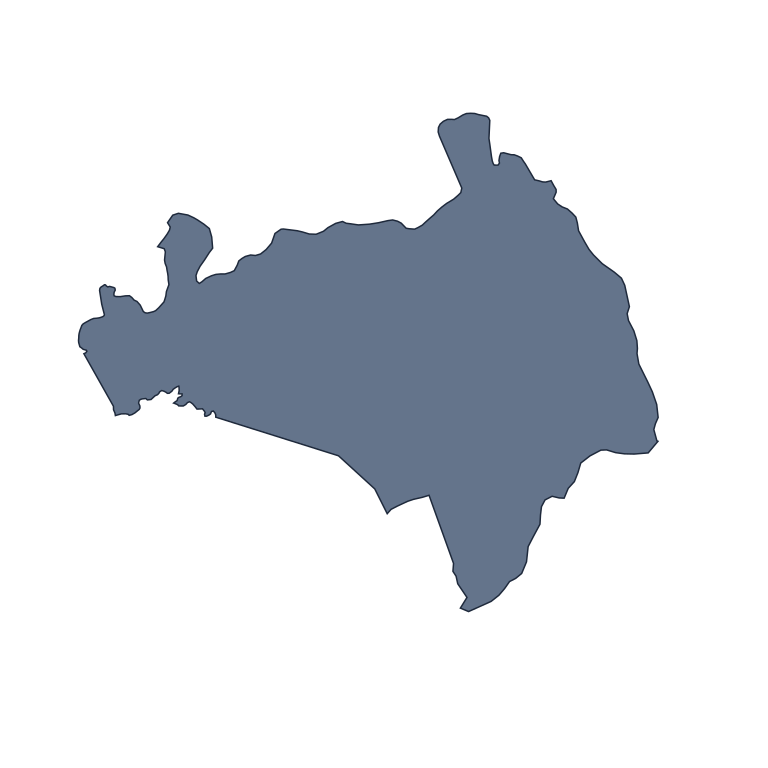 Selangau, Sarawak, Malaysia, rotated 245°
{"feature_id": "92858781B23703975490584", "entity_name": "Selangau", "entity_type": "district", "adm_level": 2, "iso_a3": "MYS", "parent_name": "Malaysia", "parent_adm1": "Sarawak", "projection": "equal_earth", "projection_center": [112.583, 2.507], "detail": "fine", "context": "isolated", "style": "filled", "palette": "slate", "viewbox_px": 768, "rotation_deg": 245, "n_neighbors": 0, "source": "geoboundaries", "source_scale": "gbopen_adm2", "svg_char_len": 4371}
<svg xmlns="http://www.w3.org/2000/svg" viewBox="0 0 768 768"><g transform="rotate(245 384 384)"><path d="M379.6,643.9L388.0,640.0L400.9,632.6L412.4,628.4L419.3,626.7L427.9,625.9L440.6,625.1L448.3,627.3L454.2,628.4L459.4,626.7L465.1,624.2L469.2,620.3L473.8,617.5L480.3,615.8L485.1,621.1L487.6,622.2L492.2,621.7L497.2,621.4L497.6,621.4L498.7,615.8L500.1,613.2L502.6,610.4L505.4,606.8L523.7,605.1L527.1,604.5L531.0,604.0L534.2,601.4L536.7,598.9L538.1,596.1L543.0,590.2L543.8,587.4L541.3,584.9L537.9,582.6L535.4,582.0L534.2,579.8L535.8,576.4L537.5,576.1L540.4,576.4L544.6,577.5L556.5,581.2L562.2,582.9L578.2,591.3L581.0,591.3L583.3,590.2L585.8,586.8L588.3,583.4L590.8,580.6L592.7,577.0L594.3,573.0L594.5,569.1L593.9,563.8L593.9,559.6L595.2,557.3L597.0,553.4L597.0,548.9L595.8,544.7L593.5,541.8L589.5,539.6L585.1,539.0L528.7,537.3L525.0,534.5L523.7,530.9L522.1,525.3L521.2,517.1L520.0,511.5L518.3,505.6L516.2,500.5L514.8,495.5L513.1,489.8L511.8,485.9L511.4,480.8L511.4,477.2L514.1,472.4L515.8,469.9L522.5,467.6L525.8,465.1L529.0,461.2L530.4,456.7L532.5,447.1L535.0,438.4L539.0,428.0L543.4,421.3L545.7,417.6L548.8,415.1L550.0,408.1L549.4,399.3L548.0,393.7L548.4,385.8L551.5,379.7L556.3,374.3L559.6,370.1L567.0,358.3L567.8,356.1L566.5,348.8L559.2,341.7L555.7,334.1L554.0,327.1L554.8,321.8L557.3,317.6L558.2,312.2L557.8,308.3L556.9,304.4L553.8,301.3L550.0,296.2L550.0,292.0L550.9,286.4L552.8,282.4L554.4,277.9L555.0,273.4L555.0,267.0L553.6,262.2L553.2,259.1L556.5,257.7L561.7,259.4L564.7,262.2L568.4,267.0L572.4,274.0L577.0,281.3L579.5,286.1L590.1,290.0L598.7,291.4L605.0,288.3L611.4,284.4L615.0,281.9L620.0,277.7L625.6,269.8L626.3,263.9L621.7,256.0L616.6,256.6L614.1,254.6L611.6,251.0L608.7,245.9L606.8,242.0L604.1,236.9L599.5,242.0L596.2,241.7L589.1,237.5L585.7,236.6L582.0,236.4L578.6,235.4L575.7,234.7L572.8,233.8L569.5,232.4L565.0,231.1L559.8,225.9L556.0,223.5L553.3,221.1L551.4,219.3L548.3,212.1L547.0,208.1L547.0,205.7L547.7,202.0L548.3,199.4L549.5,197.6L551.4,196.5L558.5,196.4L563.2,195.0L565.6,193.0L569.0,192.0L571.6,190.6L573.2,186.8L574.6,182.0L576.5,178.1L577.9,176.7L579.3,177.0L581.2,178.2L582.7,180.1L584.5,180.6L585.6,179.9L588.4,176.6L588.7,174.7L590.1,173.8L591.5,173.5L592.1,172.6L591.7,170.6L591.5,168.6L590.8,167.0L589.1,165.8L575.6,161.9L565.1,159.9L564.3,159.3L563.9,157.8L564.0,156.1L564.3,153.9L565.0,151.5L566.1,148.6L566.3,145.5L566.1,142.6L565.9,139.4L565.6,136.7L564.8,134.9L563.2,133.3L561.7,131.7L559.7,129.9L558.3,128.8L556.7,127.8L554.9,126.9L552.5,125.5L550.6,124.8L546.3,124.1L544.6,125.1L542.6,126.0L541.8,126.9L540.4,128.5L539.3,128.6L538.9,127.9L538.3,126.9L538.3,124.8L478.2,129.4L475.0,128.0L471.4,127.9L468.9,127.2L468.6,129.3L467.9,133.4L466.2,137.2L464.7,139.3L463.3,139.8L462.8,142.6L463.1,146.2L463.9,149.3L464.4,151.4L465.3,152.6L466.3,153.1L467.5,153.5L469.3,153.5L470.3,153.5L471.2,154.1L472.7,155.4L472.9,157.1L472.7,158.5L471.5,162.0L469.6,162.8L468.4,166.3L469.2,168.8L470.1,171.6L470.0,174.2L470.8,176.2L471.7,177.2L472.0,179.8L470.4,181.6L468.7,182.9L467.1,183.7L466.4,185.4L467.1,188.7L468.3,190.7L468.7,192.9L469.0,195.2L468.8,197.1L467.5,196.8L464.5,195.5L462.0,193.6L461.5,194.5L460.4,196.8L458.8,196.1L458.4,194.5L458.6,192.6L458.3,191.1L456.4,189.5L456.1,187.4L455.6,185.3L454.7,186.2L452.5,188.2L450.9,188.7L450.0,190.5L448.9,192.8L449.2,195.7L450.2,198.0L450.1,200.2L448.9,201.1L446.8,202.2L443.4,203.2L440.3,203.9L439.2,206.5L438.2,209.0L435.5,209.7L433.6,209.8L432.5,208.6L430.5,208.1L429.8,209.7L429.8,212.1L430.2,214.2L431.1,215.0L432.0,216.1L431.6,217.9L429.6,218.5L427.3,218.5L425.0,217.5L338.2,312.4L292.8,331.3L265.1,332.1L267.4,337.4L267.7,344.0L267.7,350.1L267.7,355.8L267.0,362.0L265.1,370.8L264.1,377.8L192.0,371.2L185.1,367.3L179.3,368.1L171.8,366.4L155.5,369.0L148.6,358.5L142.0,364.5L142.0,366.0L141.7,389.2L144.0,398.9L147.6,406.8L151.9,414.3L152.2,421.3L154.1,428.7L162.6,438.0L175.7,445.9L182.5,454.7L191.0,466.1L199.2,470.5L206.3,474.9L210.9,481.0L211.2,488.9L206.7,494.6L204.4,499.0L211.6,506.9L215.1,515.3L221.7,522.3L229.2,528.9L231.8,540.3L232.4,552.6L230.2,557.9L223.9,564.9L219.1,572.4L214.8,581.1L209.9,594.3L216.3,608.1L217.2,607.3L228.7,609.3L233.3,613.2L237.8,618.3L250.2,622.5L263.5,623.9L274.2,623.9L294.4,623.4L304.7,626.2L309.1,628.7L316.4,631.5L326.6,632.9L338.1,632.4L345.0,634.1L350.4,639.1L371.7,643.9L379.6,643.9Z" fill="#64748b" stroke="#1e293b" stroke-width="1.5"/></g></svg>